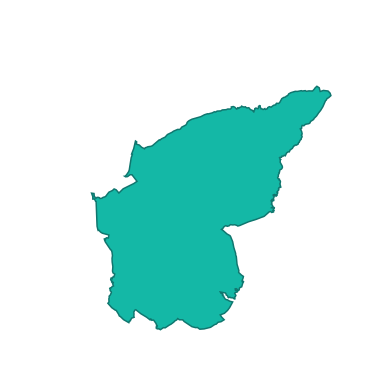 the district of Tuta, Boyacá, Colombia, rotated 292°
{"feature_id": "7082276B48364833791796", "entity_name": "Tuta", "entity_type": "district", "adm_level": 2, "iso_a3": "COL", "parent_name": "Colombia", "parent_adm1": "Boyacá", "projection": "orthographic", "projection_center": [-73.179, 5.679], "detail": "fine", "context": "isolated", "style": "filled", "palette": "teal", "viewbox_px": 384, "rotation_deg": 292, "n_neighbors": 0, "source": "geoboundaries", "source_scale": "gbopen_adm2", "svg_char_len": 6063}
<svg xmlns="http://www.w3.org/2000/svg" viewBox="0 0 384 384"><g transform="rotate(292 192 192)"><path d="M133.0,271.3L133.5,269.0L134.9,265.4L136.7,264.9L141.9,260.8L148.7,257.3L150.0,256.1L151.5,255.4L156.3,251.5L161.2,248.3L165.2,244.4L165.8,243.5L166.2,240.2L168.0,235.1L168.4,233.3L169.6,234.2L171.8,234.7L173.1,235.6L173.5,236.0L173.4,237.5L174.6,239.1L176.1,239.8L176.7,242.1L177.7,244.0L177.8,246.2L177.6,247.2L178.8,248.8L185.6,255.6L190.8,261.9L196.6,268.1L202.6,271.1L203.3,272.2L202.9,273.6L203.9,274.9L204.8,274.0L205.3,275.1L205.5,275.1L205.9,274.3L206.4,273.9L207.4,274.4L208.3,274.2L208.4,273.8L207.3,272.4L207.2,271.7L208.8,272.6L210.3,270.8L210.5,270.1L211.6,270.3L212.2,269.7L213.4,269.9L213.5,269.3L213.2,268.9L213.6,268.6L214.9,269.0L214.4,270.7L214.7,271.0L216.0,270.4L216.3,269.8L217.8,270.0L218.8,269.8L219.0,268.7L219.8,268.4L220.7,269.6L220.4,270.1L220.1,270.0L219.8,270.4L219.9,271.1L219.6,271.5L219.9,271.7L220.7,272.0L220.9,271.3L221.2,271.2L221.9,271.8L223.3,271.8L223.7,271.5L223.6,270.9L223.9,270.8L226.6,271.7L227.3,271.0L228.1,271.2L228.4,271.0L229.3,271.6L229.2,271.9L229.9,272.5L230.7,271.5L231.3,271.5L232.4,270.4L233.3,270.5L235.0,270.0L235.8,269.1L235.7,268.5L236.7,268.1L236.5,267.6L237.0,266.4L237.6,266.0L238.9,266.2L240.2,265.6L242.1,265.8L242.5,265.4L243.4,265.7L244.5,265.3L245.5,265.3L246.8,266.4L248.4,266.7L249.7,266.1L252.6,262.6L254.6,261.9L255.3,262.1L255.4,261.3L255.9,261.2L256.5,260.3L257.1,260.6L257.7,262.0L259.0,262.0L259.4,263.1L260.6,263.8L260.5,264.9L263.7,265.1L265.3,266.2L265.7,267.2L267.6,267.2L268.6,267.9L269.2,268.0L269.9,268.7L272.7,269.1L273.3,269.8L274.2,270.1L274.6,271.3L276.3,272.5L277.7,272.3L278.3,272.8L280.3,272.8L281.8,273.5L282.7,273.2L284.4,273.4L285.2,272.9L285.7,272.1L286.9,272.4L287.6,272.1L289.3,270.9L291.1,268.7L291.4,268.9L291.4,269.6L292.0,269.8L293.9,269.2L295.0,269.2L295.3,270.9L296.6,271.4L297.6,272.3L299.1,274.7L300.2,275.5L301.8,275.5L304.8,277.6L305.9,277.6L309.1,279.0L312.9,279.8L315.8,280.7L320.1,281.4L326.6,281.6L327.6,282.1L329.3,282.2L330.5,283.3L333.4,284.7L335.4,283.0L336.6,280.3L335.4,275.8L333.2,273.2L336.3,270.9L336.8,268.2L334.8,267.2L332.7,266.7L330.8,265.9L329.5,262.4L328.2,260.3L328.4,259.0L327.0,256.6L326.9,255.4L324.7,252.0L324.0,250.0L321.1,246.4L319.2,244.9L318.1,244.8L316.9,244.3L316.3,243.6L315.0,243.0L314.0,241.6L312.2,240.3L307.9,239.8L306.6,239.2L305.9,237.1L305.4,236.9L304.3,237.0L302.9,235.1L300.2,233.5L300.2,232.0L299.8,231.5L298.6,230.6L297.5,230.6L296.1,229.3L296.1,228.8L296.6,228.3L295.1,227.0L295.3,226.0L295.0,224.7L295.6,224.4L295.9,223.6L297.4,223.0L297.5,222.4L296.4,221.6L294.8,222.1L293.9,221.9L293.8,219.8L292.8,219.0L291.8,219.4L290.5,218.8L289.1,219.8L290.3,217.4L290.3,215.2L291.3,213.6L291.3,212.7L290.7,211.9L290.5,210.8L291.0,209.6L290.5,208.9L290.1,207.5L290.2,205.8L289.1,205.6L287.8,204.0L287.2,204.1L286.9,203.6L287.2,203.2L287.2,202.8L285.9,202.6L285.6,202.2L286.7,199.8L286.7,198.2L285.6,196.6L284.7,197.1L283.3,196.6L282.3,194.0L281.2,192.9L279.4,189.3L277.9,188.2L276.7,185.5L276.0,184.6L275.0,184.0L274.7,182.6L273.0,181.2L270.5,177.8L270.3,177.0L268.3,174.6L265.1,171.9L259.5,164.7L257.1,162.6L255.7,161.8L254.6,161.4L253.6,161.6L251.8,161.2L248.2,158.1L246.1,157.7L245.2,156.8L244.7,155.3L241.4,152.0L240.0,151.2L236.1,147.7L232.8,146.5L230.0,143.9L228.1,142.8L228.1,142.1L220.2,138.0L219.1,137.0L217.4,134.1L216.3,133.1L215.6,132.1L214.3,131.8L214.6,128.5L215.8,125.6L215.5,122.5L217.8,121.9L218.1,120.5L210.4,121.7L204.5,121.8L204.6,122.6L200.9,122.8L188.8,125.6L186.9,125.6L183.6,124.9L181.7,124.2L181.4,123.7L181.2,124.6L181.8,126.0L182.3,126.6L184.8,128.1L185.5,129.9L181.3,137.0L178.2,135.0L169.2,127.0L163.7,124.6L165.6,120.9L165.7,118.8L165.5,118.5L163.6,117.7L160.7,115.0L155.6,113.6L154.5,112.7L153.9,111.7L152.5,110.8L151.5,109.1L152.0,108.2L151.9,107.0L151.4,105.9L150.6,105.6L150.2,105.1L151.6,102.9L153.9,101.7L153.3,99.3L150.6,101.7L148.3,102.7L148.9,104.0L147.6,105.9L147.2,106.1L147.2,106.7L124.7,116.8L121.7,118.9L121.2,119.4L121.7,119.9L120.6,122.2L120.2,124.3L121.0,131.0L118.1,131.7L117.5,129.9L116.1,129.5L116.4,129.1L115.5,128.3L114.8,129.5L114.4,129.2L113.2,130.4L108.0,138.1L107.7,139.2L106.2,140.4L103.2,142.1L100.6,142.7L97.2,144.2L93.1,146.6L88.9,147.9L87.4,149.1L87.0,151.1L84.1,151.4L84.0,150.7L83.4,150.7L82.9,150.2L81.8,150.5L81.9,149.3L80.6,149.3L80.0,149.7L79.1,151.7L78.9,151.0L78.6,151.1L78.0,152.0L78.0,153.0L77.1,152.9L75.5,154.4L74.5,153.4L72.9,153.0L72.5,152.1L71.6,151.9L70.7,152.9L69.8,153.1L69.3,154.5L68.6,154.9L65.7,154.8L64.4,154.2L62.8,154.9L61.9,154.9L59.0,156.2L57.3,155.7L54.7,160.9L53.7,165.1L53.8,166.1L51.4,169.4L49.8,171.1L49.7,172.2L48.0,176.4L47.3,181.6L47.2,182.4L48.6,182.3L48.7,182.7L49.3,182.7L49.7,183.1L50.5,182.9L50.6,183.1L52.4,183.3L54.2,185.3L55.0,184.6L57.2,183.9L58.9,183.0L61.1,183.3L61.8,184.0L60.0,190.1L58.9,196.9L57.7,201.1L57.9,201.3L58.6,201.0L58.8,201.2L58.7,202.0L58.0,202.8L58.7,203.9L58.8,204.5L56.5,208.1L55.2,209.0L55.2,209.7L54.5,209.7L54.2,210.0L53.9,209.7L53.7,209.8L53.4,209.4L52.4,209.9L52.6,210.4L52.1,210.8L52.3,211.9L52.8,212.4L52.5,214.3L55.5,216.3L56.0,218.0L60.4,221.0L61.3,221.9L64.6,223.9L65.9,224.3L67.6,225.7L69.3,226.2L68.8,228.1L70.0,231.3L69.0,233.2L67.1,242.4L67.6,246.2L68.4,247.8L67.7,250.6L69.6,254.5L73.5,259.9L77.6,262.7L78.6,264.0L81.0,265.0L82.6,267.5L85.6,269.7L87.1,266.4L88.6,264.2L91.7,267.5L95.5,269.3L99.0,270.2L105.3,270.9L104.9,267.8L105.3,265.0L105.0,264.0L105.2,262.9L106.4,261.1L107.4,260.3L107.4,259.2L107.8,258.9L108.3,259.1L108.4,258.6L109.3,258.4L109.0,256.8L109.9,255.7L110.9,260.9L110.3,261.7L109.4,262.2L109.2,263.6L107.8,265.0L107.7,265.4L107.8,265.7L108.7,266.4L108.5,267.7L109.2,269.6L108.7,271.3L109.0,271.8L110.7,271.0L111.4,271.4L112.6,271.4L114.1,269.5L115.1,269.9L116.4,271.5L117.5,271.5L117.5,270.2L117.1,269.1L118.3,268.3L118.9,269.0L118.9,269.8L118.1,271.3L118.3,272.1L118.9,272.4L120.7,272.0L121.5,272.4L122.7,273.6L126.4,273.2L128.1,273.4L128.4,272.7L127.7,272.2L128.2,271.7L131.2,271.6L133.0,271.3Z" fill="#14b8a6" stroke="#0f766e" stroke-width="1.5"/></g></svg>